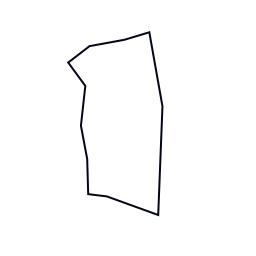 outline of Ruggell, rotated 148°
{"feature_id": "LIE-4898", "entity_name": "Ruggell", "entity_type": "state/province", "adm_level": 1, "iso_a3": "LIE", "parent_name": "Liechtenstein", "parent_adm1": "", "projection": "natural_earth1", "projection_center": [9.518, 47.244], "detail": "fine", "context": "isolated", "style": "outline", "palette": "ink", "viewbox_px": 256, "rotation_deg": 148, "n_neighbors": 0, "source": "natural_earth", "source_scale": "10m", "svg_char_len": 303}
<svg xmlns="http://www.w3.org/2000/svg" viewBox="0 0 256 256"><g transform="rotate(148 128 128)"><path d="M148.5,38.2L182.3,81.3L196.8,93.0L179.0,123.4L166.7,154.9L141.9,186.3L144.0,215.2L117.2,217.8L84.2,204.7L59.2,197.9L87.3,128.1L148.5,38.2Z" fill="none" stroke="#020617" stroke-width="2"/></g></svg>